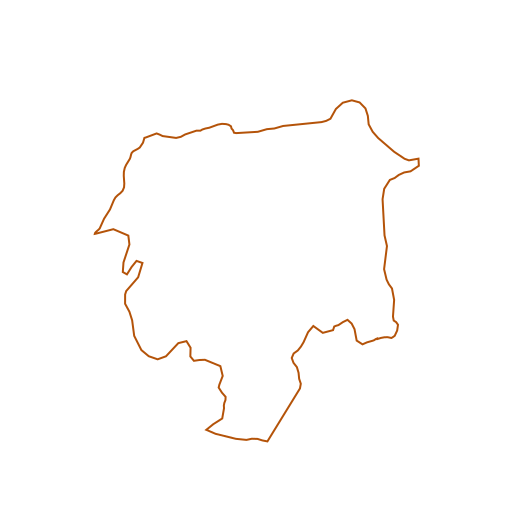 SVG path tracing the border of Oyo, rotated 21°
{"feature_id": "NGA-2856", "entity_name": "Oyo", "entity_type": "State", "adm_level": 1, "iso_a3": "NGA", "parent_name": "Nigeria", "parent_adm1": "", "projection": "mercator", "projection_center": [3.592, 8.111], "detail": "fine", "context": "isolated", "style": "outline", "palette": "amber", "viewbox_px": 512, "rotation_deg": 21, "n_neighbors": 0, "source": "natural_earth", "source_scale": "10m", "svg_char_len": 2227}
<svg xmlns="http://www.w3.org/2000/svg" viewBox="0 0 512 512"><g transform="rotate(21 256 256)"><path d="M97.6,293.1L97.5,292.3L97.9,291.0L99.6,287.8L100.2,286.3L100.8,275.6L103.0,264.9L103.3,254.8L103.8,251.7L105.1,248.8L106.8,246.0L108.1,242.9L108.2,239.2L107.1,235.6L103.8,228.5L102.5,224.8L101.9,220.8L102.1,217.5L103.4,210.5L103.4,208.9L103.0,205.8L103.0,204.3L103.9,202.2L107.2,198.4L108.6,196.4L109.9,190.7L109.5,185.7L110.7,184.8L119.3,177.2L122.6,177.2L125.8,177.5L139.1,174.4L143.1,171.7L146.3,167.9L155.4,160.4L159.2,158.9L160.5,157.2L163.1,155.1L166.4,153.0L173.3,147.0L176.9,144.8L180.8,143.6L183.4,143.3L186.2,143.9L187.5,145.8L189.5,146.8L191.3,148.8L193.4,148.4L213.2,139.4L220.7,133.7L227.4,130.4L234.7,124.9L269.2,107.5L273.1,104.7L276.3,101.2L277.9,90.1L282.1,81.8L289.7,76.3L297.7,75.5L305.3,79.0L310.2,85.1L314.0,92.7L320.4,98.2L327.8,102.1L347.6,109.2L359.9,112.0L364.5,111.9L372.8,106.9L375.7,113.4L369.9,121.6L364.4,124.9L360.2,129.2L357.5,133.5L353.7,137.0L351.6,147.3L353.8,157.6L368.6,190.7L374.7,199.8L380.3,222.4L386.4,231.3L390.2,234.8L394.6,237.6L400.7,247.5L405.6,263.5L407.7,266.9L410.5,267.5L413.2,269.3L414.5,275.0L414.1,280.8L412.7,282.9L411.8,284.0L408.1,284.6L405.1,285.8L402.0,287.7L399.1,290.0L398.8,289.5L397.5,290.7L396.5,292.2L395.4,293.2L390.6,296.8L387.1,300.3L380.3,298.9L374.2,289.0L369.5,284.8L364.3,282.8L360.8,286.6L357.7,291.0L355.8,292.4L354.3,293.8L354.5,297.6L345.9,303.8L334.6,300.8L331.9,308.5L331.3,319.5L330.4,324.5L328.9,329.2L326.1,333.5L325.9,338.4L329.3,342.3L334.0,345.1L337.6,349.8L340.3,355.2L343.6,359.2L344.5,363.9L333.1,425.0L328.0,425.9L323.0,426.2L317.6,428.1L313.0,431.1L302.7,433.9L282.0,436.5L271.9,436.1L276.4,428.3L282.7,419.8L280.7,409.6L279.6,407.2L279.1,404.6L279.1,401.4L278.1,398.4L273.2,395.8L268.3,392.2L267.9,389.3L267.9,379.9L262.2,371.6L245.5,371.2L240.4,373.4L235.6,376.1L230.7,373.3L227.8,365.1L221.6,360.4L214.7,365.2L207.9,381.9L201.2,387.7L191.8,388.0L182.7,384.9L170.9,374.2L163.4,360.4L157.8,353.4L150.9,347.5L147.6,338.8L147.4,335.2L153.6,318.1L152.5,303.2L146.2,303.4L143.8,310.8L142.1,319.4L137.4,318.7L134.6,309.5L133.7,290.6L129.5,282.7L113.2,282.1L98.7,292.4L97.6,293.1Z" fill="none" stroke="#b45309" stroke-width="2"/></g></svg>